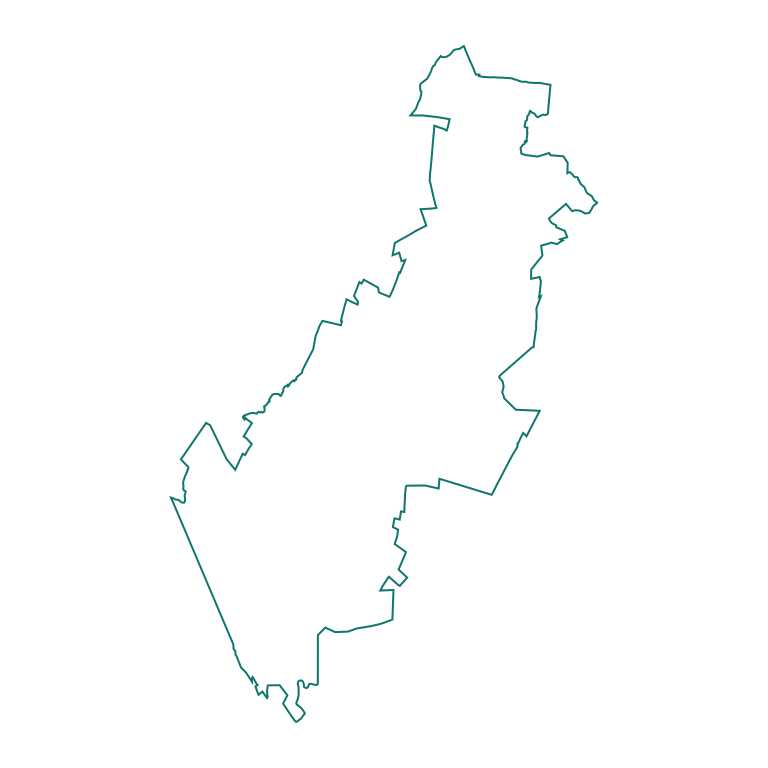 Villa Comaltitlán, Chiapas, Mexico
{"feature_id": "50627088B6543048996231", "entity_name": "Villa Comaltitlán", "entity_type": "district", "adm_level": 2, "iso_a3": "MEX", "parent_name": "Mexico", "parent_adm1": "Chiapas", "projection": "equal_earth", "projection_center": [-92.6, 15.171], "detail": "fine", "context": "isolated", "style": "outline", "palette": "teal", "viewbox_px": 768, "rotation_deg": 0, "n_neighbors": 0, "source": "geoboundaries", "source_scale": "gbopen_adm2", "svg_char_len": 6049}
<svg xmlns="http://www.w3.org/2000/svg" viewBox="0 0 768 768"><path d="M246.1,672.7L252.0,681.7L251.8,678.7L252.6,677.0L255.1,681.2L256.5,683.8L257.6,685.0L255.4,686.5L258.5,694.8L262.4,691.6L266.0,696.7L267.2,698.1L267.6,697.6L267.5,695.3L267.1,694.7L267.2,689.8L267.5,686.9L267.9,685.4L279.6,685.2L287.4,695.3L283.1,703.6L291.8,716.7L292.6,717.6L294.7,720.6L295.9,721.7L296.4,721.9L298.1,720.9L301.0,718.5L304.9,713.4L303.3,710.6L301.5,708.4L300.2,707.0L298.8,706.2L297.5,705.1L296.5,704.1L296.4,703.7L296.3,702.9L296.5,702.2L297.3,700.5L298.4,696.3L298.7,693.6L298.6,691.2L298.6,687.2L297.8,684.0L297.8,683.1L298.4,681.3L299.2,680.7L301.2,680.4L302.0,680.7L302.7,681.3L303.5,683.0L303.8,684.1L303.9,686.1L304.1,686.9L304.4,687.3L306.6,688.1L307.3,687.7L308.2,686.8L308.9,684.5L310.0,683.8L310.8,683.8L316.0,685.1L316.5,685.0L317.8,684.1L317.9,635.1L325.3,627.6L335.1,632.1L348.0,631.6L357.0,628.4L370.8,626.2L380.1,624.0L384.8,622.4L392.4,619.6L393.5,590.0L380.3,590.5L382.8,585.8L388.8,576.7L397.8,584.6L399.8,585.9L407.2,577.6L398.6,569.6L406.0,552.1L394.7,544.0L397.1,536.7L398.1,529.7L392.9,527.1L394.5,518.4L398.4,519.1L399.7,519.6L401.0,511.4L404.3,512.0L405.1,493.7L405.9,486.8L406.7,485.7L424.9,485.5L438.6,488.5L439.5,478.8L491.7,494.8L496.0,486.5L496.1,486.1L512.0,455.8L517.5,446.7L517.4,446.6L517.5,444.4L517.6,444.5L520.8,437.5L523.1,433.0L525.8,435.5L526.5,436.3L539.7,410.8L515.8,409.7L504.3,398.4L503.3,395.0L502.9,394.2L502.8,393.6L502.2,392.3L502.4,391.2L503.3,388.6L503.3,387.9L503.6,386.9L503.3,384.7L502.7,381.8L501.5,380.0L500.9,379.5L499.1,377.2L500.1,375.4L531.8,347.6L533.6,347.2L534.2,341.3L535.4,333.1L535.4,331.6L536.1,329.8L536.2,321.8L536.5,320.2L536.7,317.5L536.7,314.2L536.4,309.8L536.5,308.0L540.9,296.1L539.0,297.1L539.7,293.1L540.9,281.6L539.7,277.0L531.1,278.8L531.2,269.6L538.0,261.0L542.4,255.7L541.1,245.9L542.9,245.1L547.6,243.9L551.3,242.6L557.0,244.1L561.2,241.3L562.8,240.5L560.3,239.3L567.2,237.2L566.3,234.4L564.8,230.9L556.2,227.2L556.2,225.7L555.4,224.9L553.8,224.2L552.3,223.4L551.0,222.2L549.7,220.2L548.9,218.5L566.0,203.9L572.2,211.2L574.5,210.4L577.0,210.3L579.3,210.6L580.5,210.9L585.2,213.5L589.1,213.0L591.5,209.4L592.7,206.9L593.9,205.3L595.8,204.0L597.1,202.7L594.2,200.4L593.3,199.2L592.4,197.2L591.5,195.9L588.7,194.2L587.2,193.1L586.6,192.4L585.3,189.4L584.6,187.5L580.5,183.7L579.9,182.3L579.5,181.8L579.2,180.4L578.3,179.5L577.9,177.7L577.3,177.2L576.8,177.1L575.0,177.1L573.9,176.4L572.5,174.6L570.2,172.3L569.1,172.2L567.4,173.2L567.7,162.9L563.4,156.3L550.4,155.2L549.2,153.0L537.5,156.6L529.4,155.5L527.8,155.4L525.8,155.0L521.6,153.9L521.2,153.0L521.1,152.7L521.2,151.4L520.6,148.8L520.6,148.1L520.9,147.3L521.9,146.3L522.7,144.8L523.9,144.4L524.8,143.0L524.8,141.5L525.2,141.0L525.9,141.5L525.9,141.8L526.2,142.0L526.7,141.4L526.9,140.8L526.6,139.2L527.2,135.3L527.1,134.1L527.1,133.4L527.5,132.8L527.5,132.4L527.0,131.7L527.4,127.6L525.0,127.2L524.6,126.8L524.8,124.8L525.4,122.6L525.3,121.5L525.4,121.2L526.6,120.5L527.0,120.0L527.1,119.1L527.3,116.2L527.8,115.8L528.9,114.3L529.6,112.6L529.6,111.8L530.1,110.9L531.2,111.6L532.0,112.5L533.0,112.9L534.8,113.9L536.1,116.2L537.7,117.1L538.8,116.8L540.3,115.8L541.6,115.5L542.6,114.8L543.1,114.6L544.7,115.0L546.0,114.9L547.3,114.2L547.7,113.7L548.0,113.1L548.1,112.6L548.4,106.7L550.5,84.8L545.5,84.0L540.5,83.0L538.0,82.8L537.8,83.1L529.0,82.6L526.2,81.8L523.6,81.7L522.7,81.9L518.4,80.8L517.6,80.2L516.8,79.8L515.7,79.7L513.2,79.0L512.3,78.4L503.3,77.7L500.8,77.7L493.0,77.2L490.1,77.4L482.4,76.8L478.9,76.1L479.3,74.6L476.0,74.6L474.9,72.2L472.3,65.8L470.1,61.1L465.9,51.2L464.2,46.7L463.8,46.1L459.4,48.9L455.9,49.4L453.7,50.3L453.1,50.8L452.3,52.0L450.1,54.5L446.9,56.6L444.7,57.2L441.7,57.0L440.8,56.0L435.7,62.4L434.8,65.1L433.2,66.1L431.8,68.6L431.2,71.2L428.0,77.3L427.1,78.8L422.8,82.0L421.2,83.3L420.5,84.2L420.0,85.5L420.3,90.5L421.5,91.5L421.1,94.8L419.9,99.7L418.3,102.4L415.9,108.9L410.5,115.4L423.0,115.5L437.5,117.1L449.6,119.2L447.8,127.4L446.6,130.6L444.2,129.1L437.0,126.7L434.4,125.6L432.8,143.5L431.6,158.5L430.4,171.0L430.0,173.4L430.0,175.1L429.6,180.6L430.3,182.8L433.8,198.4L435.1,203.4L436.4,207.9L432.3,208.5L420.6,209.2L426.3,225.6L417.2,230.2L416.1,230.9L415.4,231.1L413.7,232.2L406.3,236.6L403.2,238.2L394.8,243.0L392.6,255.3L399.2,252.7L401.6,261.2L405.3,260.0L404.2,262.8L402.0,267.9L400.2,272.8L399.3,272.3L396.3,281.0L392.5,290.6L389.5,296.8L379.0,292.5L377.9,287.5L363.8,279.7L361.6,283.6L359.4,282.0L354.0,296.0L358.1,302.0L357.6,304.6L352.1,302.1L346.6,299.3L344.2,307.6L340.9,320.8L342.0,321.3L340.9,325.2L322.5,320.9L319.4,326.1L317.8,330.7L315.8,335.5L315.3,337.6L313.2,349.3L302.8,369.4L301.9,372.9L296.6,377.2L296.3,378.5L296.2,379.7L295.3,379.8L295.0,380.6L294.7,380.9L294.3,381.2L294.0,381.1L293.4,380.4L293.0,380.7L290.2,383.1L289.1,384.6L289.2,385.2L288.1,386.2L288.0,386.3L287.5,385.0L286.5,385.8L284.4,386.9L283.6,388.5L283.3,389.2L283.2,391.3L282.5,392.8L281.9,393.5L281.5,394.9L281.2,395.7L280.5,395.9L280.2,395.7L279.6,395.0L278.9,394.6L278.5,394.0L274.0,394.0L272.3,394.8L269.3,399.4L269.5,400.3L269.5,401.7L268.9,402.0L268.5,401.8L266.9,404.4L264.0,406.6L264.6,407.3L264.5,411.2L263.5,412.2L262.5,412.4L262.4,412.2L261.2,412.3L260.8,411.9L259.7,412.4L258.7,412.1L258.4,411.8L256.5,413.7L253.5,412.9L250.8,413.1L243.9,415.7L242.4,417.7L243.9,416.5L244.4,417.0L243.5,418.4L244.6,419.6L245.5,418.2L251.9,423.1L243.6,436.5L246.4,438.3L251.8,444.1L248.7,448.6L245.0,455.1L242.7,453.7L235.2,469.8L226.6,459.2L210.2,425.3L206.1,422.9L180.9,459.4L188.3,467.1L188.3,468.4L188.1,469.1L187.3,470.1L187.4,471.1L187.1,471.8L186.3,473.1L186.3,473.8L186.1,474.2L185.2,475.6L184.8,476.7L184.1,479.2L183.7,480.0L183.1,482.7L183.5,486.8L183.2,488.5L183.4,489.5L183.7,490.2L185.5,491.1L185.6,492.3L184.6,495.5L185.1,499.7L185.0,500.8L184.7,501.6L184.2,502.5L183.3,502.7L182.2,502.6L181.4,502.2L178.6,500.0L175.4,499.5L173.3,498.2L170.9,497.6L173.1,502.4L233.4,644.6L233.5,648.8L235.3,651.1L235.6,654.7L236.7,656.4L241.0,667.5L246.1,672.7Z" fill="none" stroke="#0f766e" stroke-width="2"/></svg>